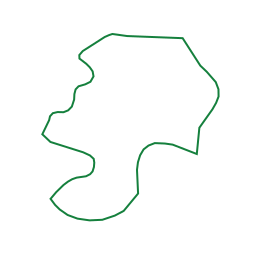 the Province of Hải Dương, rotated 191°
{"feature_id": "VNM-460", "entity_name": "Hải Dương", "entity_type": "Province", "adm_level": 1, "iso_a3": "VNM", "parent_name": "Vietnam", "parent_adm1": "", "projection": "albers", "projection_center": [106.419, 20.964], "detail": "fine", "context": "isolated", "style": "outline", "palette": "green", "viewbox_px": 256, "rotation_deg": 191, "n_neighbors": 0, "source": "natural_earth", "source_scale": "10m", "svg_char_len": 943}
<svg xmlns="http://www.w3.org/2000/svg" viewBox="0 0 256 256"><g transform="rotate(191 128 128)"><path d="M146.4,218.1L91.5,226.6L68.9,203.0L61.4,198.2L50.6,189.8L46.6,183.3L45.1,176.2L46.3,169.5L48.7,162.4L58.0,141.9L55.5,115.6L81.0,120.2L88.8,119.8L98.8,118.3L104.5,114.7L108.6,110.0L110.9,103.5L111.7,96.3L111.2,88.7L105.6,65.6L116.4,45.8L124.2,39.5L135.7,33.0L148.1,30.0L160.3,29.4L170.7,31.1L179.5,35.0L184.9,38.6L190.5,43.7L186.2,51.4L180.4,59.8L176.7,63.9L173.0,67.1L168.9,69.5L160.0,72.6L156.4,75.4L154.5,78.6L154.0,83.2L154.5,87.6L155.8,91.2L160.1,93.8L167.4,95.6L201.5,99.5L210.9,105.5L206.9,120.7L206.8,124.6L204.6,128.2L200.2,130.2L194.3,131.2L190.1,133.9L187.2,138.3L186.3,145.6L187.1,151.1L186.8,155.9L184.5,159.5L178.3,162.7L173.7,166.2L171.7,172.1L173.5,176.8L177.1,180.3L181.1,183.0L188.9,186.9L189.7,190.3L187.1,194.9L168.2,212.9L164.3,215.6L161.3,217.3L146.4,218.1Z" fill="none" stroke="#15803d" stroke-width="2"/></g></svg>